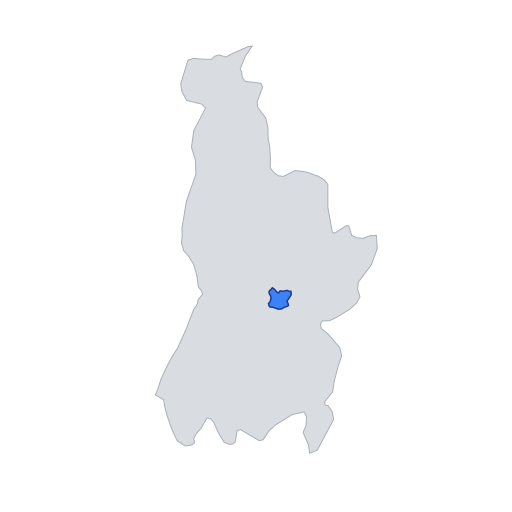 Grosuplje highlighted on a map of Slovenia, rotated 285°
{"feature_id": "SVN-950", "entity_name": "Grosuplje", "entity_type": "Municipality", "adm_level": 1, "iso_a3": "SVN", "parent_name": "Slovenia", "parent_adm1": "", "projection": "natural_earth1", "projection_center": [14.681, 45.943], "detail": "fine", "context": "in_parent", "style": "filled", "palette": "blue", "viewbox_px": 512, "rotation_deg": 285, "n_neighbors": 0, "source": "natural_earth", "source_scale": "10m", "svg_char_len": 2351}
<svg xmlns="http://www.w3.org/2000/svg" viewBox="0 0 512 512"><g transform="rotate(285 256 256)"><path d="M457.8,198.0L446.4,194.0L432.7,192.3L430.1,194.5L424.6,196.7L421.9,200.6L424.1,216.1L420.8,218.7L405.2,217.2L400.1,219.0L391.7,229.8L383.0,234.3L372.0,237.5L363.9,241.4L353.6,244.8L344.8,246.9L341.4,251.6L339.3,256.8L339.9,261.8L348.8,271.8L350.1,282.4L349.2,295.4L347.1,302.3L343.6,306.9L321.6,312.8L298.8,323.5L298.3,325.9L308.7,335.4L309.2,337.8L300.6,343.1L299.7,348.5L300.7,354.8L305.3,361.2L307.0,367.0L294.4,371.2L277.4,369.7L257.2,361.6L250.2,362.8L243.4,367.0L236.4,365.2L228.7,360.2L217.8,349.9L212.5,343.6L210.4,336.8L207.4,335.8L202.9,337.8L199.2,346.0L189.1,360.7L181.7,364.6L170.5,363.8L154.7,364.0L144.9,365.2L133.0,360.1L130.1,361.0L130.0,364.4L125.5,369.8L118.2,373.3L84.2,365.4L79.4,358.8L87.0,355.7L97.7,347.2L105.0,348.2L113.9,346.4L117.8,342.8L112.2,332.0L98.1,318.8L90.6,313.8L80.3,310.4L78.5,306.9L84.3,286.0L82.6,283.0L70.8,284.0L68.1,281.8L67.1,278.2L68.0,273.2L75.9,265.1L84.8,257.9L87.2,253.9L86.9,250.7L75.6,247.6L68.8,244.3L63.4,243.1L59.7,245.0L56.9,242.9L54.2,236.9L57.0,227.8L67.2,219.3L78.2,211.8L87.7,206.4L93.2,204.0L95.8,194.7L101.4,195.6L112.7,196.1L125.2,198.3L136.9,200.9L147.1,204.2L168.7,207.6L188.3,209.7L194.2,211.7L199.1,211.5L205.0,214.3L208.5,212.2L211.1,208.4L221.8,203.9L231.6,198.1L238.5,190.7L242.4,184.8L249.2,180.7L256.4,179.5L263.0,177.4L290.7,174.6L319.3,176.8L332.9,172.7L344.1,165.6L360.5,163.5L361.3,163.5L385.8,169.0L387.7,165.8L388.7,164.3L388.2,148.8L395.9,141.7L403.0,138.7L427.5,139.6L430.7,144.4L432.0,151.8L434.3,161.8L438.4,164.5L440.7,168.4L440.3,175.3L445.1,180.4L456.4,194.4L457.8,198.0Z" fill="#d9dde1" stroke="#a8b0b8" stroke-width="1"/><path d="M229.5,280.0L228.6,282.6L226.6,285.3L226.3,287.5L226.7,287.5L228.1,288.0L228.6,288.4L228.7,288.8L228.5,289.3L228.8,290.3L229.1,291.6L230.8,294.8L230.8,295.6L230.5,296.6L230.4,297.3L231.0,298.8L228.4,299.9L227.3,299.9L222.4,298.4L221.5,297.9L220.7,297.7L219.8,297.9L219.1,298.8L216.6,300.2L214.8,298.3L214.2,297.0L211.6,294.6L210.4,291.4L210.8,286.2L210.8,284.8L210.3,283.0L210.7,282.2L211.1,281.7L211.5,281.4L211.9,281.1L212.3,281.1L213.5,280.3L215.4,281.5L219.3,281.4L221.4,280.3L222.1,279.6L222.6,278.9L224.5,277.9L225.6,277.9L226.3,278.2L227.5,279.1L229.5,280.0Z" fill="#3b82f6" stroke="#1e3a8a" stroke-width="1.5"/></g></svg>